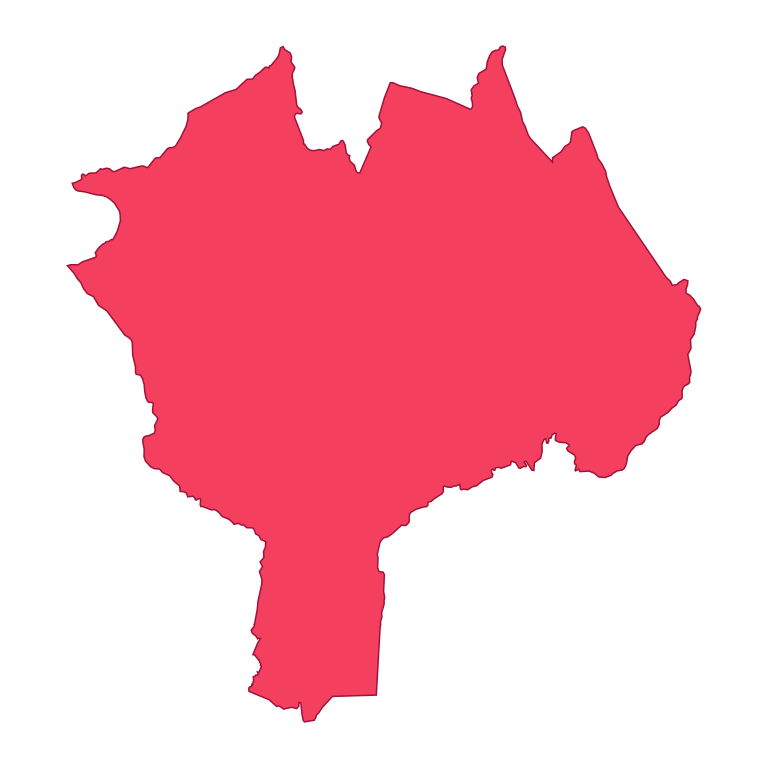 outline of Milange, Zambezia, Mozambique, rotated 180°
{"feature_id": "85939544B24654814708458", "entity_name": "Milange", "entity_type": "district", "adm_level": 2, "iso_a3": "MOZ", "parent_name": "Mozambique", "parent_adm1": "Zambezia", "projection": "equal_earth", "projection_center": [35.856, -16.231], "detail": "fine", "context": "isolated", "style": "filled", "palette": "rose", "viewbox_px": 768, "rotation_deg": 180, "n_neighbors": 0, "source": "geoboundaries", "source_scale": "gbopen_adm2", "svg_char_len": 6100}
<svg xmlns="http://www.w3.org/2000/svg" viewBox="0 0 768 768"><g transform="rotate(180 384 384)"><path d="M572.4,659.4L580.0,654.8L580.0,648.9L581.9,641.7L587.5,630.2L592.3,622.2L594.9,620.5L598.6,620.3L600.7,619.2L607.9,610.5L612.7,609.9L620.0,600.7L620.9,600.4L624.5,601.9L626.8,601.9L637.9,599.3L643.7,600.8L653.3,596.4L655.4,596.7L658.7,599.3L661.7,599.8L665.8,598.6L667.5,599.3L671.9,595.1L678.7,594.8L682.4,592.1L684.4,593.8L685.7,593.8L686.6,592.2L686.2,589.3L687.3,588.1L692.8,585.4L695.8,584.8L694.2,580.5L692.5,578.4L690.3,577.1L683.5,576.2L671.8,573.2L665.5,572.6L661.1,571.0L657.4,568.4L653.4,564.7L648.8,557.4L647.9,554.1L647.6,547.3L650.6,537.0L654.8,529.0L655.6,528.3L656.7,528.5L658.9,526.7L662.0,526.3L662.8,525.0L665.3,523.8L669.4,520.1L672.7,515.3L671.7,512.4L672.1,510.9L685.3,506.3L690.0,503.2L697.2,503.3L700.6,502.3L694.1,494.9L690.4,489.0L687.3,485.6L684.4,479.3L680.7,474.4L674.5,471.4L669.5,462.7L661.2,457.2L643.3,433.0L638.6,430.0L636.3,427.5L635.7,424.9L635.3,412.8L632.6,401.6L632.4,395.1L631.8,393.8L627.7,392.8L625.5,389.5L623.8,383.2L623.3,376.5L622.0,370.0L620.4,366.7L619.3,365.8L615.2,365.3L614.7,364.1L615.5,358.0L615.1,355.2L610.7,350.7L610.3,348.6L613.5,342.3L612.7,337.7L613.7,334.8L619.7,332.2L622.3,331.9L624.0,330.9L625.1,329.0L625.1,325.4L623.8,318.9L624.0,311.3L622.5,306.9L617.3,301.2L613.8,299.4L608.3,298.9L605.4,295.4L598.3,292.3L594.5,287.2L588.3,281.8L587.9,276.6L584.1,276.2L581.5,274.9L580.3,271.1L575.1,271.8L573.5,270.5L572.7,268.3L571.8,267.9L569.1,269.4L567.8,269.2L567.4,268.2L567.8,263.5L567.2,261.5L564.7,261.2L556.8,258.2L552.7,258.3L548.8,255.2L545.9,251.6L539.7,249.0L536.9,247.1L534.0,243.7L529.6,244.7L526.8,243.1L524.2,242.9L521.2,240.3L515.5,240.1L513.9,238.6L512.4,234.2L509.2,232.4L507.0,228.4L502.3,226.4L502.6,220.8L504.5,216.5L504.1,210.4L507.9,206.2L505.5,201.4L508.6,196.4L506.1,188.9L506.2,184.0L509.9,167.3L510.9,157.7L513.5,143.8L513.9,143.7L513.6,141.9L516.8,137.9L515.7,134.7L512.2,132.1L510.3,129.1L509.5,129.8L507.6,129.4L510.5,124.6L515.1,113.4L513.3,113.0L508.5,106.9L508.3,105.7L507.2,104.2L507.6,102.7L506.6,101.3L509.1,95.7L510.6,96.1L509.9,93.7L510.4,92.9L512.3,92.9L513.1,91.6L514.7,91.4L514.4,86.4L514.8,86.4L515.6,83.0L516.1,83.5L516.5,81.5L518.3,81.1L519.3,79.9L519.0,76.6L498.9,68.3L491.3,61.5L490.4,62.1L488.2,61.7L484.3,58.9L476.4,60.7L471.3,59.4L469.3,61.6L468.9,65.5L467.2,65.1L465.9,52.9L464.7,47.4L463.5,46.1L453.8,47.7L452.0,50.8L451.8,52.6L449.6,54.7L445.7,60.6L435.5,71.6L391.7,72.9L387.9,140.6L387.3,142.9L387.5,146.4L386.1,150.9L386.4,155.2L383.9,163.9L383.9,167.4L383.3,170.3L384.4,176.7L383.6,193.3L384.9,195.9L388.8,196.3L390.4,200.1L390.0,210.1L390.7,213.8L388.0,225.6L386.0,228.6L384.4,230.1L380.0,231.3L375.6,234.4L366.6,242.7L362.4,242.5L361.3,243.1L358.9,246.0L358.6,253.5L356.8,255.9L352.0,258.7L344.3,261.1L341.3,261.4L340.1,262.7L340.3,264.4L339.6,265.7L336.5,266.8L333.5,269.5L325.8,274.4L324.7,276.5L324.7,281.3L323.8,281.9L319.9,280.8L316.3,280.8L314.3,282.1L312.1,281.9L308.3,283.6L307.6,278.9L306.7,278.2L304.1,278.9L300.4,278.2L295.9,281.1L291.4,282.2L284.9,287.5L276.1,290.8L275.1,293.5L276.5,295.8L276.5,297.7L275.9,298.6L275.1,298.9L274.1,297.8L273.1,297.9L272.4,300.2L268.6,300.7L267.0,299.7L258.0,302.9L257.3,303.7L256.9,306.2L256.2,306.8L252.4,305.4L249.1,300.0L247.8,299.7L244.7,301.4L241.9,301.4L241.5,302.6L243.8,305.9L243.6,306.5L241.7,306.5L236.1,297.8L234.1,297.5L233.6,305.2L227.3,310.0L225.9,316.2L226.0,323.9L224.3,328.0L222.6,329.3L222.1,328.9L221.5,325.1L220.2,324.7L219.3,326.3L219.1,329.7L216.9,330.0L215.9,333.1L212.9,334.9L211.8,334.2L212.7,329.5L212.5,327.5L208.4,325.7L201.9,325.2L198.9,323.1L198.8,321.9L200.8,320.7L201.3,319.2L199.9,316.9L193.7,313.1L192.7,311.3L192.4,309.9L193.7,305.9L193.3,304.1L192.0,303.4L191.7,302.3L193.0,298.0L192.4,297.1L189.6,298.9L188.1,296.4L178.8,296.9L173.7,294.8L169.4,291.1L162.9,290.5L157.0,292.7L154.8,294.8L150.7,297.1L145.7,298.0L144.2,299.0L142.8,301.2L141.6,304.4L140.2,312.2L136.9,317.4L132.2,322.6L126.0,324.1L123.8,326.4L122.1,330.6L119.6,333.4L110.7,339.6L108.8,343.5L108.6,347.5L107.7,350.6L100.0,355.6L96.1,359.8L91.8,363.0L89.4,367.3L86.2,369.5L85.8,371.3L86.0,376.5L85.0,380.2L83.1,382.4L80.3,383.6L78.3,385.6L78.5,390.4L77.3,394.0L77.0,396.8L80.2,413.4L77.0,419.6L77.5,428.4L73.9,433.8L72.3,441.2L72.1,446.5L70.7,448.6L70.3,452.0L68.6,455.2L67.4,459.2L68.9,461.6L70.5,462.6L74.4,468.8L78.1,472.7L82.0,475.0L81.9,479.1L80.4,483.5L80.1,487.2L84.0,488.6L89.8,484.9L91.0,483.4L95.7,482.7L97.7,486.7L102.1,491.0L149.6,560.9L158.0,581.3L161.3,590.9L162.4,596.8L166.3,604.4L169.9,609.3L171.5,614.8L179.3,634.8L182.6,639.8L185.3,641.2L194.4,637.5L196.1,636.2L197.5,626.3L199.0,624.1L203.3,621.5L206.9,616.2L215.4,610.3L215.6,605.9L237.4,629.3L239.7,632.8L242.9,641.6L245.5,646.6L247.3,655.4L250.8,662.5L252.7,668.8L265.6,702.7L265.9,708.4L262.4,718.6L262.9,721.0L264.8,721.9L266.6,721.7L267.8,720.9L269.4,717.9L272.8,717.6L276.0,716.0L278.4,712.2L280.7,706.3L281.8,699.0L289.1,694.5L290.8,690.4L289.5,684.8L293.9,682.2L296.8,678.3L295.9,672.1L296.8,670.0L295.7,665.9L295.4,662.0L296.1,659.8L297.4,658.6L321.5,669.4L347.5,676.4L356.4,679.8L368.0,682.2L375.1,685.3L377.7,685.3L383.6,670.2L389.0,651.9L389.0,650.0L386.5,645.2L387.0,641.8L388.0,639.5L391.1,637.5L400.3,628.5L400.6,626.8L399.3,623.5L396.9,621.2L408.2,595.1L410.2,595.2L411.7,596.4L413.7,603.0L418.0,606.8L418.8,610.5L418.3,612.4L420.3,613.2L421.7,615.2L422.8,622.6L424.6,626.7L425.7,627.5L427.7,626.7L427.9,625.4L429.2,623.7L434.9,621.7L437.8,618.7L441.2,619.1L443.7,617.4L448.3,618.5L453.9,617.3L457.9,617.8L460.8,619.9L463.6,624.0L464.5,624.3L464.5,627.5L473.3,650.3L473.4,652.4L472.3,654.0L471.0,654.7L467.1,654.1L465.8,655.9L467.1,658.4L470.8,661.5L471.4,663.8L473.0,677.7L474.8,685.0L475.8,692.1L475.7,694.6L473.7,698.5L473.2,700.6L477.0,706.2L476.4,711.0L477.7,714.9L483.5,718.6L484.8,721.4L487.6,720.2L488.9,713.8L490.5,710.5L496.7,702.8L498.5,702.0L499.2,700.0L501.6,700.9L503.0,700.6L508.2,695.7L512.6,692.7L515.3,689.0L521.0,688.7L532.0,678.5L542.6,675.3L567.7,661.0L572.4,659.4Z" fill="#f43f5e" stroke="#9f1239" stroke-width="1.5"/></g></svg>